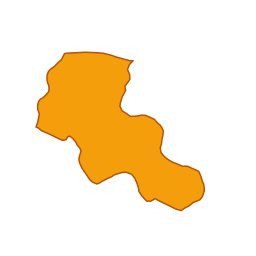 Shabran District, Dəvəçi, Azerbaijan (Albers equal-area conic projection), rotated 293°
{"feature_id": "54616110B33183266084070", "entity_name": "Shabran District", "entity_type": "district", "adm_level": 2, "iso_a3": "AZE", "parent_name": "Azerbaijan", "parent_adm1": "Dəvəçi", "projection": "albers", "projection_center": [48.887, 41.122], "detail": "fine", "context": "isolated", "style": "filled", "palette": "amber", "viewbox_px": 256, "rotation_deg": 293, "n_neighbors": 0, "source": "geoboundaries", "source_scale": "gbopen_adm2", "svg_char_len": 1692}
<svg xmlns="http://www.w3.org/2000/svg" viewBox="0 0 256 256"><g transform="rotate(293 128 128)"><path d="M93.0,43.0L92.9,43.3L93.1,45.4L91.7,49.3L91.7,56.8L91.4,63.6L91.1,68.5L91.1,72.8L93.0,75.5L96.7,76.1L97.8,77.9L96.7,81.3L94.6,85.6L92.4,87.9L90.8,91.3L88.7,93.7L83.5,94.3L80.1,95.0L77.3,96.8L74.9,99.3L72.9,101.6L71.0,104.5L68.1,109.1L65.6,112.7L64.3,116.5L64.3,121.2L66.1,123.1L69.3,125.4L73.9,129.2L77.0,132.2L79.6,133.7L82.0,136.6L84.6,139.7L86.6,143.5L86.8,149.5L84.4,153.9L80.8,157.7L77.0,161.0L73.8,162.9L70.7,167.7L68.0,173.7L69.6,177.6L73.6,180.6L73.1,185.0L72.6,195.5L72.1,203.3L72.5,206.9L72.8,209.2L77.0,211.9L79.8,214.4L84.8,217.1L87.0,219.2L90.1,222.3L94.1,223.3L98.7,222.9L99.8,222.8L102.9,221.4L106.1,219.4L107.6,217.7L111.0,214.8L113.3,212.7L115.7,210.0L115.9,207.5L115.9,202.4L116.0,197.5L114.1,193.2L114.1,188.6L114.0,181.5L114.7,176.8L115.6,173.5L116.8,170.8L118.4,167.9L122.4,165.4L126.6,165.0L131.1,163.6L134.3,163.1L139.0,161.8L141.5,159.1L143.3,156.2L144.3,152.9L146.3,149.0L146.4,146.1L146.5,142.9L146.4,139.1L145.2,135.5L143.1,132.6L141.4,129.5L139.6,125.6L140.6,121.4L141.5,115.9L144.8,112.1L148.4,111.1L154.6,110.5L161.7,111.1L165.2,108.8L169.2,109.8L173.5,110.7L177.7,108.7L181.7,104.7L186.9,104.5L190.9,106.0L191.7,106.3L190.6,103.2L189.6,95.7L188.7,89.1L188.5,84.7L187.2,76.2L185.2,70.2L181.2,59.4L178.2,53.3L175.8,48.3L172.7,41.9L171.5,40.5L164.7,40.0L161.3,38.2L156.3,36.4L152.2,33.9L149.0,32.7L145.4,32.8L141.2,34.3L137.9,36.6L136.1,38.5L133.5,39.9L130.7,40.8L128.9,40.4L125.6,39.2L122.5,37.8L120.0,36.0L117.9,35.4L114.7,35.7L113.0,36.2L110.1,37.4L108.6,38.8L106.3,40.9L98.3,42.6L93.0,43.0Z" fill="#f59e0b" stroke="#b45309" stroke-width="1.5"/></g></svg>